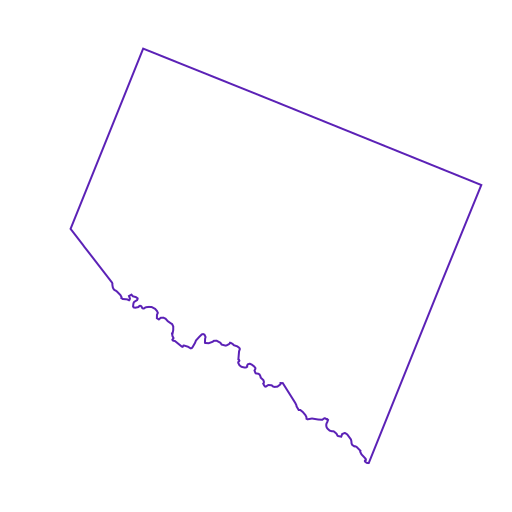 outline of Iron, Michigan, United States of America, rotated 22°
{"feature_id": "52423323B77509587550290", "entity_name": "Iron", "entity_type": "district", "adm_level": 2, "iso_a3": "USA", "parent_name": "United States of America", "parent_adm1": "Michigan", "projection": "mercator", "projection_center": [-88.526, 46.17], "detail": "fine", "context": "isolated", "style": "outline", "palette": "violet", "viewbox_px": 512, "rotation_deg": 22, "n_neighbors": 0, "source": "geoboundaries", "source_scale": "gbopen_adm2", "svg_char_len": 2762}
<svg xmlns="http://www.w3.org/2000/svg" viewBox="0 0 512 512"><g transform="rotate(22 256 256)"><path d="M73.7,106.0L73.8,158.8L73.9,300.3L91.5,310.6L93.7,312.0L98.1,314.5L132.5,334.6L133.2,335.4L133.6,336.5L135.1,338.9L136.5,340.1L137.6,340.6L138.7,340.6L140.3,341.0L144.9,343.0L146.6,344.4L147.0,345.0L146.9,345.4L148.5,345.8L152.7,344.5L154.9,344.6L155.2,343.8L155.0,342.6L153.2,340.7L155.0,338.5L156.9,339.5L159.9,339.1L162.1,339.6L162.3,340.0L162.3,341.4L160.3,344.1L160.1,345.0L160.2,346.2L160.9,348.8L161.8,349.5L163.4,349.2L166.1,347.4L166.5,346.4L166.6,346.0L166.9,345.8L167.1,345.6L167.5,345.5L167.9,345.5L168.5,345.6L170.1,346.9L170.7,347.0L171.7,346.7L172.6,345.3L173.4,344.6L175.8,343.3L178.4,342.4L182.3,342.8L184.8,344.1L186.3,345.5L186.2,347.6L187.4,350.8L189.7,351.2L190.8,349.0L193.2,347.9L195.6,348.0L198.6,349.5L202.1,350.3L203.8,350.6L205.7,352.4L207.0,355.7L207.6,358.8L207.2,358.8L207.1,359.3L208.7,361.7L210.1,362.8L210.3,363.3L210.0,364.0L209.8,364.9L210.2,365.3L210.6,365.5L211.2,365.5L212.7,365.2L221.2,367.8L222.0,367.7L222.3,366.2L222.6,366.0L226.8,365.6L230.0,366.1L230.9,365.5L231.3,364.4L232.0,359.5L232.0,356.8L233.7,352.2L235.1,349.0L236.2,348.2L237.6,348.2L239.3,349.7L239.6,350.1L239.8,351.8L241.1,355.4L241.4,355.7L244.8,354.6L248.0,351.7L248.6,350.5L251.2,349.3L255.5,349.8L257.3,351.0L261.3,350.5L262.2,349.9L263.9,347.9L264.5,346.8L264.4,346.2L265.0,346.0L267.3,346.3L268.8,347.0L272.4,346.8L274.5,347.3L275.5,347.8L275.9,348.5L276.0,350.7L278.4,358.5L279.0,358.5L279.8,359.3L279.8,359.8L279.3,360.9L279.5,361.7L281.6,363.5L284.0,364.2L287.2,363.7L288.5,363.1L289.3,362.0L288.8,360.8L289.0,359.5L290.6,358.2L292.8,358.3L295.7,359.1L297.5,360.2L297.7,361.1L297.5,362.7L299.2,364.6L299.8,364.9L302.2,364.3L303.6,364.5L305.2,365.9L305.9,367.0L309.3,368.3L310.4,369.6L310.8,370.7L310.5,371.6L311.7,372.7L313.1,373.6L314.0,373.5L315.5,371.3L316.0,370.9L319.0,370.0L320.5,370.6L322.1,370.5L324.8,369.1L326.7,365.9L326.3,364.6L328.4,363.8L347.4,377.5L349.3,379.2L350.0,380.3L353.3,382.8L354.8,382.2L357.8,383.1L361.4,385.0L363.1,386.5L363.8,388.0L365.0,388.1L368.8,385.7L375.0,384.3L378.8,383.0L380.0,381.1L380.6,380.6L382.6,380.9L382.6,380.6L383.0,380.5L384.2,381.0L384.3,383.5L384.1,384.8L384.4,386.3L385.0,387.5L385.8,388.5L387.0,389.3L389.7,390.3L391.8,390.1L393.6,389.5L394.3,389.6L397.2,390.6L398.8,392.0L399.5,392.2L402.7,391.6L402.6,388.8L404.5,386.9L405.0,386.8L406.8,387.1L407.7,387.4L412.7,390.5L413.7,391.8L414.9,394.1L416.0,395.1L418.5,395.7L418.9,395.3L420.7,395.3L425.8,397.5L425.8,398.2L426.0,398.5L428.1,400.4L433.7,403.0L434.3,403.9L433.7,404.8L433.7,405.3L434.2,405.8L436.1,406.3L437.5,406.0L438.1,405.7L437.9,210.5L438.3,105.8L203.7,105.7L73.7,106.0Z" fill="none" stroke="#5b21b6" stroke-width="2"/></g></svg>